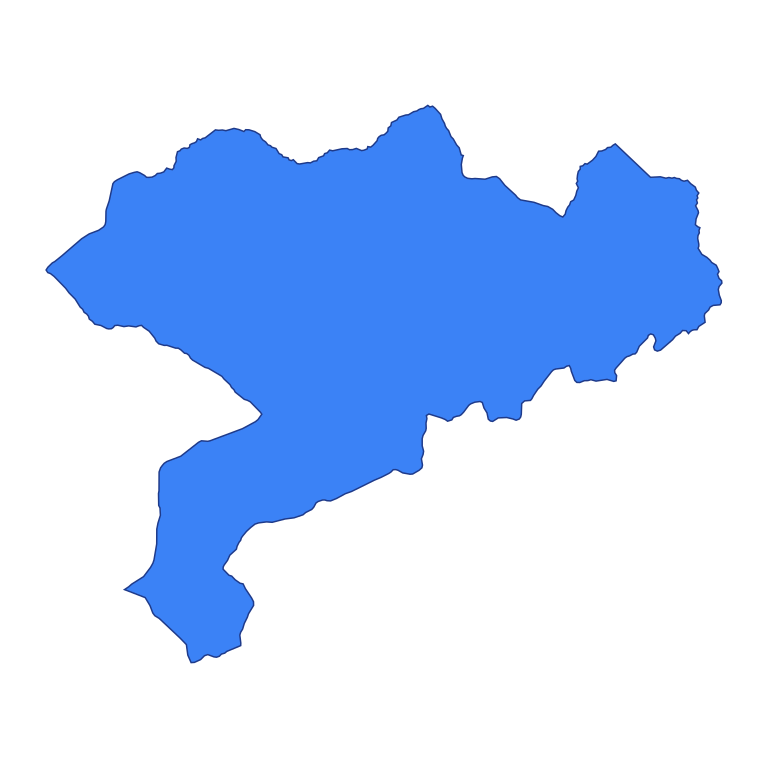 the district of Matungu, Western, Kenya
{"feature_id": "3690345B16104785008484", "entity_name": "Matungu", "entity_type": "district", "adm_level": 2, "iso_a3": "KEN", "parent_name": "Kenya", "parent_adm1": "Western", "projection": "orthographic", "projection_center": [34.459, 0.384], "detail": "fine", "context": "isolated", "style": "filled", "palette": "blue", "viewbox_px": 768, "rotation_deg": 0, "n_neighbors": 0, "source": "geoboundaries", "source_scale": "gbopen_adm2", "svg_char_len": 6110}
<svg xmlns="http://www.w3.org/2000/svg" viewBox="0 0 768 768"><path d="M177.5,151.7L176.0,157.5L176.2,161.3L174.0,165.7L173.9,167.8L172.4,169.6L169.8,169.2L166.7,168.1L163.8,171.9L160.3,173.2L157.3,173.5L155.3,175.5L152.1,177.1L148.8,177.4L146.5,177.3L144.6,175.5L139.7,172.7L137.1,171.8L134.1,172.4L129.1,173.9L117.3,179.8L114.4,181.7L112.9,183.7L109.2,200.9L106.4,209.1L106.0,211.1L105.8,221.4L105.2,224.5L103.6,226.9L98.6,230.3L89.2,233.9L81.7,238.7L62.0,255.7L54.7,261.6L52.3,262.9L47.9,267.2L46.1,270.0L47.8,272.6L50.5,273.6L54.1,276.4L65.6,288.2L69.0,292.8L75.2,299.1L80.2,307.1L82.7,309.3L84.1,312.3L86.7,314.0L88.4,316.1L89.3,319.1L92.4,321.3L94.8,324.2L101.0,325.5L106.7,328.5L108.8,328.9L111.5,328.7L113.3,327.4L114.7,325.6L117.7,325.2L123.9,326.6L128.7,325.9L136.0,326.9L139.2,325.7L141.6,325.4L143.5,327.3L149.2,331.2L154.8,338.2L156.1,341.1L158.7,343.8L164.2,345.4L166.9,345.3L175.5,348.1L178.3,348.2L180.8,349.8L184.5,353.2L186.6,353.5L188.9,355.2L190.5,358.1L192.6,360.1L205.0,367.4L208.4,368.3L221.9,376.3L224.0,379.0L230.0,384.6L231.6,387.5L233.9,389.6L235.2,392.1L244.2,399.3L247.4,400.3L250.3,401.8L260.4,412.2L261.8,414.2L258.0,419.6L255.4,421.7L242.4,428.7L210.0,440.8L207.8,441.3L201.4,440.8L198.5,442.3L180.8,456.2L166.9,461.5L164.2,463.3L162.4,465.4L160.6,467.8L159.1,472.0L159.0,490.9L158.5,493.4L158.7,505.4L160.0,508.0L160.4,515.3L158.0,523.0L156.8,529.1L156.7,544.0L154.0,559.9L152.9,563.2L150.6,567.3L143.6,576.6L131.6,584.2L128.8,586.7L124.5,589.6L145.2,597.6L150.0,605.6L152.8,613.0L154.8,615.7L159.2,618.4L179.9,637.9L186.4,644.6L187.8,655.1L191.1,662.6L194.4,662.4L200.6,659.6L204.5,655.7L207.8,654.6L214.0,656.9L216.6,657.2L219.4,656.2L221.4,654.1L224.8,653.1L226.8,651.4L240.7,645.6L240.8,643.1L239.8,635.1L240.7,632.2L242.6,629.1L244.3,623.4L247.3,617.4L248.5,613.8L253.6,605.4L253.5,601.7L251.6,598.0L245.4,588.7L243.1,583.9L240.0,583.2L235.2,579.8L231.7,576.1L228.9,575.2L223.1,569.2L223.2,567.0L224.1,565.1L227.5,560.4L229.8,555.2L236.4,549.2L237.1,546.2L239.1,542.2L240.6,540.4L241.4,537.8L242.9,535.7L246.5,531.4L250.8,527.4L255.0,524.1L258.6,522.9L266.5,521.9L272.2,522.3L284.9,519.0L294.1,517.8L303.0,514.8L305.7,512.5L311.8,509.4L313.7,507.3L316.0,503.0L318.1,501.5L322.6,500.0L324.9,500.0L327.0,500.7L330.6,500.9L336.5,498.5L345.3,493.7L351.5,491.5L374.1,480.3L381.0,477.4L388.9,473.4L391.0,472.0L393.2,469.7L395.9,469.6L398.1,470.3L402.7,472.9L410.0,474.2L412.7,474.0L419.1,470.3L421.9,467.8L422.5,465.1L421.4,458.8L423.1,454.4L423.6,451.2L422.2,445.8L422.2,438.7L423.0,435.5L425.7,430.8L426.2,428.4L426.0,423.0L426.9,418.7L426.4,415.5L428.9,414.0L441.4,417.9L445.2,419.5L447.6,421.2L451.8,419.9L453.4,417.4L456.5,416.3L459.4,415.8L461.2,414.7L463.6,412.2L468.7,405.4L470.6,403.9L474.8,402.2L480.1,401.5L482.3,402.5L484.0,408.0L487.0,412.9L488.3,419.2L490.4,421.0L492.7,421.4L498.3,417.9L506.7,417.5L513.0,419.0L516.1,420.2L519.3,419.0L520.7,417.0L521.3,414.3L521.7,403.5L524.6,400.9L530.5,400.4L531.9,398.7L533.6,395.4L537.8,389.2L541.0,386.0L544.2,381.1L551.6,371.6L553.5,369.8L555.8,369.0L564.0,368.0L566.6,366.2L569.3,365.6L570.7,368.4L571.3,371.2L574.8,380.5L576.8,382.4L579.8,382.5L584.3,380.7L587.9,380.6L590.9,379.7L596.0,381.1L607.0,379.4L613.8,381.4L616.1,380.8L616.6,375.6L614.8,372.7L614.6,370.2L616.1,368.0L624.8,358.2L626.8,356.7L629.7,355.8L632.8,354.1L635.1,353.9L636.7,352.2L639.3,346.2L647.5,338.0L648.3,335.4L650.7,333.9L653.4,334.8L655.3,338.2L655.9,340.9L653.6,346.9L654.6,349.9L657.3,351.1L660.6,350.1L672.6,339.7L675.5,336.1L680.1,333.3L682.5,330.5L686.2,330.7L688.5,333.6L689.8,332.0L691.7,330.5L693.8,329.8L697.0,329.7L698.8,326.4L705.1,322.3L704.3,315.9L704.8,313.6L708.6,310.0L710.1,307.1L713.2,305.4L720.0,304.8L721.2,302.8L721.3,300.6L719.3,295.2L718.3,289.5L719.1,286.5L721.9,283.1L721.6,280.7L719.1,278.5L717.5,274.2L719.0,271.6L717.6,268.1L716.2,265.2L711.7,262.5L709.9,260.1L706.8,257.3L701.9,254.4L698.1,248.3L698.8,246.2L698.8,244.1L697.7,238.5L698.0,235.5L699.3,232.9L699.0,230.5L699.9,227.7L697.7,226.7L695.4,224.7L696.1,218.9L698.5,212.8L698.1,210.7L695.6,205.8L697.4,203.0L696.5,199.8L697.8,198.0L697.1,195.7L698.8,193.0L696.4,190.2L695.3,187.1L690.7,183.7L687.5,180.3L684.0,181.2L681.4,180.3L679.4,178.7L676.5,178.4L674.3,177.5L672.0,178.2L668.9,177.5L665.9,178.2L660.4,176.8L650.5,177.3L615.3,143.9L613.1,145.2L610.8,147.2L607.5,147.6L605.6,149.5L601.7,151.0L598.6,151.2L595.9,156.5L592.5,160.2L587.2,164.1L585.0,163.6L582.8,165.8L580.2,166.4L580.2,169.2L578.3,171.5L577.5,175.1L577.1,178.9L577.7,181.2L576.3,183.5L578.4,187.8L576.8,191.1L575.8,195.4L573.7,200.0L570.7,201.7L569.6,204.9L567.8,207.1L566.1,210.5L565.2,214.2L562.8,217.0L559.8,215.7L556.0,212.7L552.7,209.3L547.8,206.5L543.3,205.6L534.0,202.3L520.5,199.9L517.4,197.5L515.6,195.2L504.9,185.4L499.6,178.7L496.4,176.5L492.2,176.9L485.1,179.2L475.0,178.5L471.9,178.8L467.6,178.3L464.6,176.8L463.1,175.2L462.0,172.5L461.3,164.5L462.4,158.2L463.3,155.6L461.2,154.9L459.2,147.8L456.6,144.9L453.3,139.0L451.0,136.6L448.6,130.6L446.6,128.4L445.3,126.1L444.5,123.4L441.9,118.7L440.6,114.4L435.1,108.3L432.6,106.2L429.9,107.0L427.8,105.4L423.4,108.4L421.0,108.7L419.0,109.5L416.8,111.0L413.6,111.7L408.4,114.8L405.8,115.0L398.9,117.2L396.9,120.0L391.5,122.5L390.8,125.9L388.2,127.9L387.8,131.3L386.0,133.2L384.1,134.8L381.2,135.3L379.1,136.7L377.7,138.4L377.1,140.7L373.0,145.3L370.7,147.1L367.8,146.6L367.2,148.9L364.0,150.2L361.6,150.6L356.3,148.4L352.6,149.6L349.5,149.7L347.2,148.5L341.9,148.8L332.7,150.8L329.6,150.1L327.3,152.8L324.6,153.6L323.6,155.8L318.7,157.6L316.8,160.8L313.6,161.2L310.4,162.9L307.7,162.6L299.6,164.0L297.1,163.6L293.3,159.7L291.3,160.6L289.1,159.9L288.1,157.8L283.0,156.9L281.7,154.7L279.1,153.6L276.0,148.5L271.9,147.2L270.5,145.7L268.0,144.9L265.6,141.9L262.6,139.8L260.8,137.3L260.0,134.7L254.8,131.6L249.0,129.8L245.7,129.7L243.9,131.5L238.8,129.5L234.0,128.4L225.9,130.7L222.4,130.0L218.6,130.3L215.4,129.9L205.2,137.8L202.5,138.5L200.7,139.9L197.6,138.8L196.4,141.6L194.6,142.8L192.1,143.6L190.0,144.7L189.4,147.4L187.3,148.4L184.1,148.0L181.3,149.1L179.9,150.8L177.5,151.7Z" fill="#3b82f6" stroke="#1e3a8a" stroke-width="1.5"/></svg>